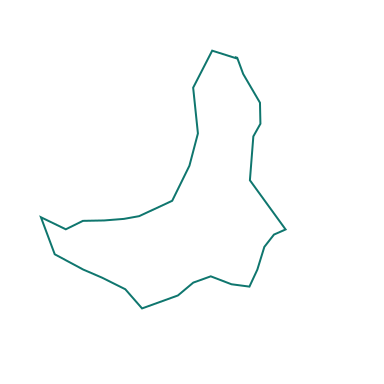 Dongnae-gu, Busan, South Korea, rotated 128°
{"feature_id": "91817680B12008242239928", "entity_name": "Dongnae-gu", "entity_type": "district", "adm_level": 2, "iso_a3": "KOR", "parent_name": "South Korea", "parent_adm1": "Busan", "projection": "equal_earth", "projection_center": [129.073, 35.197], "detail": "fine", "context": "isolated", "style": "outline", "palette": "teal", "viewbox_px": 384, "rotation_deg": 128, "n_neighbors": 0, "source": "geoboundaries", "source_scale": "gbopen_adm2", "svg_char_len": 587}
<svg xmlns="http://www.w3.org/2000/svg" viewBox="0 0 384 384"><g transform="rotate(128 192 192)"><path d="M314.5,159.7L282.2,139.4L262.6,135.2L246.9,125.3L240.4,104.1L231.2,88.5L213.0,92.7L190.7,101.2L175.1,101.2L163.9,95.2L147.1,153.6L110.4,177.9L96.1,180.1L79.8,193.4L67.5,224.3L58.4,239.0L58.7,239.8L59.2,239.0L68.1,262.8L68.2,263.1L109.1,255.3L142.2,223.4L172.9,210.2L211.1,202.2L243.6,218.8L255.1,229.1L268.5,243.7L281.9,260.2L299.1,268.5L304.5,293.6L304.9,295.5L325.6,261.8L320.1,230.0L314.9,210.2L309.7,184.7L314.5,159.7Z" fill="none" stroke="#0f766e" stroke-width="2"/></g></svg>